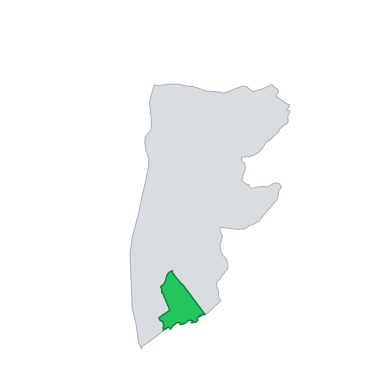 Liberia, with River Gee highlighted, rotated 56°
{"feature_id": "LBR-1458", "entity_name": "River Gee", "entity_type": "County", "adm_level": 1, "iso_a3": "LBR", "parent_name": "Liberia", "parent_adm1": "", "projection": "natural_earth1", "projection_center": [-7.733, 5.165], "detail": "fine", "context": "in_parent", "style": "filled", "palette": "green", "viewbox_px": 384, "rotation_deg": 56, "n_neighbors": 0, "source": "natural_earth", "source_scale": "10m", "svg_char_len": 3471}
<svg xmlns="http://www.w3.org/2000/svg" viewBox="0 0 384 384"><g transform="rotate(56 192 192)"><path d="M82.0,163.4L84.9,160.6L89.1,151.8L94.9,143.2L100.3,138.1L104.6,132.9L109.2,128.9L115.7,124.3L125.7,112.0L128.1,110.6L129.7,102.1L132.2,91.3L135.1,87.9L141.9,85.9L143.4,84.0L145.9,76.4L147.4,67.5L147.6,65.6L150.2,65.4L154.8,63.5L157.5,64.3L158.6,66.9L159.2,69.0L173.1,63.5L174.3,62.4L175.0,62.6L176.8,67.6L177.8,67.2L178.6,65.8L179.5,65.7L180.6,66.3L181.7,68.7L183.5,70.7L186.4,72.2L188.3,74.2L188.1,79.6L188.9,84.8L190.2,85.9L190.8,89.0L191.2,92.4L191.9,94.2L192.4,97.7L192.2,101.3L192.7,103.9L194.9,108.4L196.3,114.0L196.3,118.0L195.5,122.2L194.0,126.0L191.4,130.2L191.2,131.9L192.7,132.9L195.0,133.2L197.0,132.3L201.9,134.2L204.5,137.0L206.7,140.4L208.7,142.1L209.7,144.2L213.1,143.7L217.2,141.6L218.0,140.6L219.2,141.1L221.8,141.3L223.6,137.6L225.1,133.3L228.3,128.7L229.8,126.9L230.2,124.0L230.4,120.1L231.5,116.8L234.1,115.0L236.9,115.0L238.4,115.7L239.2,118.9L241.4,121.3L243.4,123.0L244.4,123.7L246.0,125.6L247.5,132.1L253.5,153.0L253.2,158.8L252.0,162.6L252.0,166.3L251.6,169.9L247.9,175.9L237.1,188.1L237.9,189.2L240.5,190.6L243.1,191.3L245.3,190.9L248.0,194.0L250.9,197.8L254.0,199.8L258.4,201.5L262.3,201.7L265.6,201.1L270.3,201.8L275.3,205.0L277.0,210.3L278.2,214.8L279.9,217.1L280.2,221.1L283.7,224.6L288.7,225.3L295.3,229.3L296.9,229.1L297.6,228.6L298.4,229.4L300.1,241.1L301.4,247.4L300.7,249.9L299.8,251.9L299.8,261.4L296.8,266.8L296.3,272.8L295.5,274.8L292.3,276.5L292.3,281.1L291.5,286.6L291.1,292.5L292.0,308.0L292.2,319.5L293.6,321.6L287.5,320.7L269.4,311.9L255.4,306.9L208.8,278.1L195.8,266.5L180.9,249.4L147.7,214.7L140.1,209.2L130.6,206.5L124.7,203.5L120.5,200.3L117.2,190.7L108.9,185.0L93.5,176.9L82.0,163.4Z" fill="#d9dde1" stroke="#a8b0b8" stroke-width="1"/><path d="M300.8,249.7L300.9,249.8L300.6,250.3L300.0,250.9L299.6,251.8L299.7,254.1L299.4,254.8L298.7,254.3L298.7,255.3L298.9,256.4L299.3,257.5L299.8,258.3L300.6,258.8L301.1,258.7L301.5,258.8L301.8,259.9L302.0,261.1L301.9,261.8L301.6,262.5L300.9,263.5L300.8,263.9L300.6,265.0L300.4,265.3L299.8,265.6L299.7,265.4L299.7,264.9L299.5,264.5L299.5,264.2L299.7,263.9L299.8,263.6L299.2,263.5L297.7,264.5L297.3,265.1L297.1,265.7L296.5,267.7L297.0,270.6L296.9,271.7L296.6,272.8L295.2,275.8L294.4,275.4L293.5,275.4L292.6,275.9L292.0,277.0L291.8,278.1L292.3,281.7L292.2,283.0L292.6,283.9L293.1,284.7L293.4,285.9L293.4,286.8L293.2,286.8L292.7,286.4L292.0,286.3L290.4,287.8L290.4,288.4L290.7,290.3L290.7,291.0L290.4,292.3L290.4,292.8L290.2,292.6L289.8,292.4L288.7,292.1L288.4,291.9L288.1,291.6L287.6,290.6L287.5,290.4L287.2,290.2L286.8,290.1L286.1,290.0L284.4,289.0L284.0,288.8L283.7,288.8L283.5,289.0L283.4,289.0L283.2,289.1L282.8,288.9L282.6,288.9L282.4,289.0L282.2,289.1L281.7,289.7L281.2,290.0L280.8,290.2L280.5,290.2L279.9,290.0L279.7,290.0L279.3,290.1L279.2,290.1L278.8,290.1L278.6,290.1L278.4,290.1L278.2,290.1L278.0,289.9L277.9,289.4L277.7,288.4L277.7,288.2L277.7,287.8L277.8,287.5L277.8,287.3L277.8,287.1L277.7,286.8L277.6,286.4L277.7,277.4L277.6,277.1L277.5,276.8L277.2,276.6L277.0,276.4L276.6,276.2L268.0,274.5L260.5,273.1L258.7,272.9L258.4,273.2L258.1,273.1L257.8,273.0L255.9,271.6L255.1,271.3L252.8,270.9L252.9,269.0L252.9,268.0L252.6,267.0L252.4,266.5L250.7,263.6L247.0,259.2L246.7,258.7L246.4,258.0L246.0,256.4L245.8,255.4L245.9,254.6L246.3,252.4L248.1,253.2L254.0,253.1L261.0,252.2L264.5,251.4L300.8,249.7L300.8,249.7Z" fill="#22c55e" stroke="#15803d" stroke-width="1.5"/></g></svg>